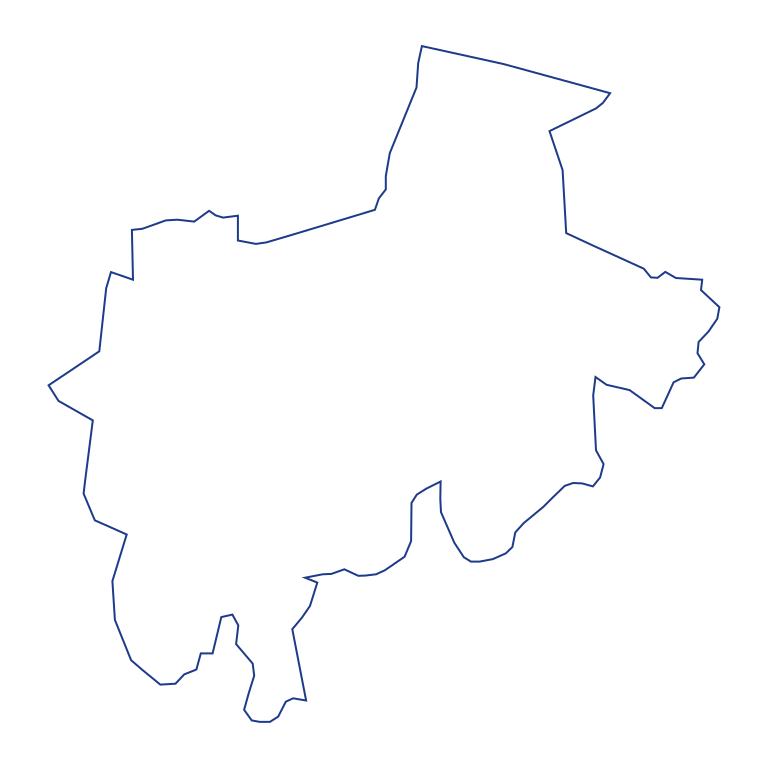 Alexandria, Rio Grande do Norte, Brazil
{"feature_id": "56859067B36887412896475", "entity_name": "Alexandria", "entity_type": "district", "adm_level": 2, "iso_a3": "BRA", "parent_name": "Brazil", "parent_adm1": "Rio Grande do Norte", "projection": "equal_earth", "projection_center": [-37.977, -6.367], "detail": "fine", "context": "isolated", "style": "outline", "palette": "blue", "viewbox_px": 768, "rotation_deg": 0, "n_neighbors": 0, "source": "geoboundaries", "source_scale": "gbopen_adm2", "svg_char_len": 1650}
<svg xmlns="http://www.w3.org/2000/svg" viewBox="0 0 768 768"><path d="M610.1,93.2L503.8,64.1L421.9,46.1L418.2,63.1L416.5,87.5L389.8,153.1L385.8,176.0L385.8,189.4L378.9,198.3L374.9,209.8L357.4,215.1L293.8,234.3L266.4,242.4L255.9,243.9L237.9,240.5L237.9,215.7L223.1,217.6L215.5,215.3L209.1,210.8L194.2,221.6L177.3,219.7L165.8,220.4L142.3,228.8L131.9,229.9L133.0,279.7L111.0,272.1L106.2,288.2L99.3,351.3L48.6,385.3L58.5,400.9L92.8,420.4L85.2,480.0L83.6,493.6L94.8,520.3L126.7,534.5L112.4,581.1L114.9,619.9L131.1,660.2L142.6,670.1L160.3,684.6L175.5,683.7L184.2,674.4L196.4,669.5L200.8,653.4L212.6,653.4L218.1,630.5L221.3,617.1L232.4,614.6L238.3,625.4L236.1,644.1L252.7,663.6L254.2,675.7L248.7,693.3L244.1,709.8L251.7,720.4L259.8,721.9L269.9,721.9L278.2,716.6L285.8,701.7L293.1,698.3L306.1,700.5L292.3,629.2L302.1,617.4L310.0,605.9L317.3,582.6L305.1,577.7L322.6,574.3L331.4,573.9L344.3,569.3L358.3,575.8L365.0,575.6L376.1,574.3L384.8,570.3L404.6,556.7L411.1,541.1L411.5,502.9L416.8,494.6L426.2,488.7L440.6,481.5L440.3,498.9L441.0,512.2L454.3,542.7L463.8,557.2L470.9,561.6L479.6,561.6L492.9,559.1L505.9,553.3L512.4,547.0L515.3,532.4L523.6,523.2L543.5,506.7L552.2,498.0L564.7,485.9L573.1,483.0L582.1,483.4L592.9,486.4L600.1,477.5L603.6,464.1L596.0,450.3L593.2,395.4L595.5,377.0L606.6,384.8L629.6,390.1L654.6,408.1L661.8,408.1L673.6,382.3L681.2,378.5L693.9,377.6L704.3,364.3L697.5,353.2L698.6,342.0L708.6,331.4L717.3,318.7L719.4,307.2L701.0,290.1L702.2,279.7L675.9,278.0L665.3,271.9L657.5,277.8L650.9,277.4L643.8,268.7L593.5,245.8L566.2,233.1L562.6,170.1L549.5,131.1L596.0,108.4L602.9,102.9L610.1,93.2Z" fill="none" stroke="#1e3a8a" stroke-width="2"/></svg>